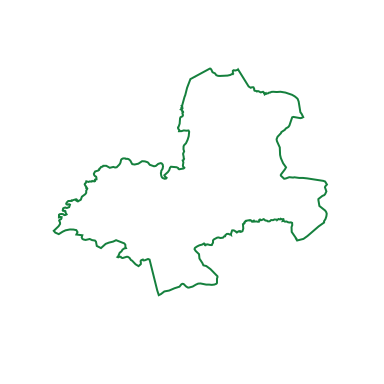 outline of Boulgou, Boulgou, Burkina Faso, rotated 59°
{"feature_id": "67063806B79770817740465", "entity_name": "Boulgou", "entity_type": "district", "adm_level": 2, "iso_a3": "BFA", "parent_name": "Burkina Faso", "parent_adm1": "Boulgou", "projection": "natural_earth1", "projection_center": [-0.458, 11.461], "detail": "fine", "context": "isolated", "style": "outline", "palette": "green", "viewbox_px": 384, "rotation_deg": 59, "n_neighbors": 0, "source": "geoboundaries", "source_scale": "gbopen_adm2", "svg_char_len": 6068}
<svg xmlns="http://www.w3.org/2000/svg" viewBox="0 0 384 384"><g transform="rotate(59 192 192)"><path d="M255.1,72.5L251.6,72.5L250.1,73.7L239.7,86.2L237.2,89.5L235.2,92.8L232.1,96.7L231.7,97.9L229.4,101.0L228.7,104.7L228.1,106.2L223.8,107.4L223.2,107.2L222.7,106.4L220.4,100.6L219.3,98.7L214.3,99.1L208.8,98.4L205.6,97.4L199.0,93.8L192.1,93.0L190.3,92.3L188.7,90.2L187.4,85.5L186.7,84.6L186.5,80.3L185.9,79.0L185.9,75.9L185.2,74.3L179.6,67.7L179.8,66.5L184.5,61.1L185.0,59.7L185.1,58.1L181.6,57.8L179.4,58.0L169.4,54.0L166.6,53.5L165.1,53.9L162.9,54.7L160.2,56.2L154.9,60.7L151.6,64.6L150.0,67.8L147.9,70.8L147.1,72.4L147.0,73.8L146.5,74.7L146.6,76.0L146.1,77.1L146.1,77.8L145.8,78.0L145.8,78.9L145.2,78.4L145.1,79.4L144.7,79.5L144.3,79.0L142.7,79.5L142.0,81.8L140.0,83.0L139.4,83.6L139.3,84.6L138.4,85.0L137.4,86.2L136.4,86.1L135.5,85.5L133.9,85.4L133.1,86.7L132.9,88.0L130.7,89.1L110.7,89.4L110.9,89.8L110.1,92.5L109.1,93.5L109.1,94.5L111.1,95.7L111.3,96.2L111.9,96.0L112.0,96.3L111.5,96.6L111.4,98.9L110.5,101.6L106.8,108.5L105.8,109.9L104.4,111.0L102.2,111.2L99.9,112.7L97.1,112.4L95.8,112.6L95.4,113.2L94.4,135.2L100.2,142.6L105.5,147.9L106.7,149.5L112.8,155.9L112.8,156.4L113.4,156.3L113.9,157.0L114.5,156.7L115.0,157.1L114.8,158.1L115.2,158.2L115.6,157.9L115.7,158.9L116.4,158.4L117.5,158.8L118.3,158.3L118.8,159.0L119.2,158.8L119.8,159.8L121.4,160.1L122.2,161.2L122.0,163.3L122.7,164.3L127.1,167.4L129.4,170.2L129.4,170.7L130.5,171.2L132.4,171.0L133.2,171.8L134.4,169.7L135.0,167.3L136.6,165.2L137.5,163.3L138.9,163.4L142.5,166.1L145.0,168.9L147.1,172.0L147.8,174.6L148.5,175.7L151.0,177.3L153.1,177.8L154.6,179.9L155.2,180.2L158.0,181.2L158.6,181.7L159.5,181.7L160.1,182.6L160.1,183.7L162.1,184.1L164.8,186.3L165.8,186.5L167.2,186.0L167.4,186.2L167.5,187.2L165.9,191.3L165.1,191.7L164.4,191.5L162.9,192.4L159.5,197.0L159.9,198.4L161.5,200.2L162.5,202.4L163.4,207.1L164.6,207.2L166.8,206.5L167.1,207.3L166.6,208.6L164.8,210.0L163.5,210.2L162.0,209.9L159.7,208.9L159.4,208.4L158.0,207.4L156.9,205.1L156.5,205.0L155.4,203.8L153.4,203.0L151.8,203.3L151.1,204.0L150.5,206.4L151.0,209.7L150.4,211.3L146.9,214.2L144.2,214.5L143.3,215.0L141.5,216.6L139.9,218.9L140.1,223.4L138.9,227.0L137.4,228.8L136.9,228.9L133.3,228.7L131.2,229.4L130.0,230.6L129.7,231.5L128.8,232.0L127.7,233.8L127.6,235.4L128.0,236.3L130.0,238.2L131.0,239.9L132.0,243.8L131.4,245.3L130.0,246.5L128.9,250.0L125.4,252.0L123.8,254.6L124.2,255.6L123.7,257.0L124.3,258.4L124.3,259.0L124.6,259.2L124.6,259.9L125.2,260.3L125.1,260.8L125.3,261.3L124.5,264.5L125.3,265.9L125.9,266.8L126.9,267.1L128.2,267.0L129.5,266.3L130.6,266.6L131.9,267.3L131.4,268.4L131.5,268.9L132.4,269.1L132.7,269.5L132.6,270.2L132.1,270.4L131.8,271.5L131.1,271.9L131.2,273.1L130.3,274.1L130.1,275.5L128.4,277.1L129.5,278.3L129.7,279.5L130.1,280.0L131.7,280.2L132.8,279.9L133.9,280.6L134.3,280.0L135.2,280.0L136.4,282.0L138.2,283.1L138.9,284.6L139.3,288.8L141.3,291.2L141.4,291.9L141.2,293.0L141.4,294.2L141.1,294.9L139.9,295.5L139.6,294.7L138.8,294.8L138.4,295.5L137.5,299.0L137.7,299.5L137.3,299.7L137.5,300.0L136.0,302.7L136.5,304.8L137.3,305.9L137.9,305.9L138.6,305.4L139.2,303.6L140.0,303.1L141.7,305.1L141.3,307.3L140.9,308.0L140.1,308.5L139.7,309.7L139.7,310.9L141.2,312.3L141.8,312.2L142.7,310.6L143.4,310.4L144.3,311.0L146.6,311.0L146.5,312.3L146.0,313.4L144.6,313.9L143.6,315.2L142.9,316.9L143.0,317.7L145.2,319.1L145.6,317.7L146.4,316.7L147.5,317.6L147.8,318.2L147.7,319.9L148.1,320.6L150.1,320.8L151.4,321.5L152.6,323.9L154.1,330.5L156.4,330.1L159.5,327.9L159.4,323.3L159.7,320.2L161.2,316.0L163.1,313.0L165.1,310.8L167.4,310.8L168.9,313.0L172.6,308.3L174.0,309.9L175.7,310.1L176.8,309.5L178.3,307.9L179.6,303.9L181.8,302.4L183.6,300.2L185.1,299.9L189.2,301.4L193.2,298.9L192.0,292.7L192.6,289.3L193.9,285.1L194.2,281.9L201.2,276.5L202.8,276.3L204.9,277.4L206.1,277.5L205.5,279.0L205.6,281.2L206.6,283.1L206.8,285.2L209.3,288.7L209.4,289.3L210.0,288.9L210.2,287.3L210.8,286.5L212.0,286.3L212.9,285.4L213.9,281.3L214.5,280.4L216.3,279.5L218.8,279.4L220.0,278.7L224.9,277.6L228.0,276.0L227.5,273.1L226.6,272.4L224.8,271.7L224.3,270.6L224.6,268.9L225.6,268.9L226.2,267.7L226.8,264.2L228.1,263.2L258.5,272.5L263.3,273.6L263.5,271.2L263.0,266.9L264.7,262.4L265.5,256.6L266.7,251.5L265.7,248.8L265.7,247.6L266.5,246.6L270.0,245.7L271.7,244.8L272.3,244.0L273.4,240.1L273.4,236.5L273.7,233.9L274.8,231.8L278.8,227.4L280.2,225.0L281.8,222.9L282.9,220.4L283.2,218.3L282.8,217.4L279.1,215.2L278.0,213.9L277.3,213.6L267.6,215.9L262.8,217.9L260.7,220.0L258.2,219.7L252.9,219.9L248.9,218.0L244.5,219.2L242.4,219.3L241.7,218.7L241.4,218.0L241.3,215.4L241.5,213.1L242.3,210.4L242.3,208.2L242.9,208.0L244.0,208.3L244.5,208.1L244.6,207.9L244.0,207.3L244.7,206.3L244.9,205.6L246.7,203.9L247.6,202.5L247.6,202.0L246.9,201.4L246.3,200.1L244.3,198.9L243.9,197.5L244.1,193.9L244.6,192.7L246.1,191.3L247.1,189.0L246.6,187.3L247.0,186.4L246.2,185.7L245.9,183.7L246.6,182.4L247.8,181.6L248.0,180.9L248.8,180.6L248.1,180.3L245.6,177.4L246.0,176.5L247.0,175.5L248.9,174.8L249.1,174.3L249.8,174.3L249.7,172.1L250.1,171.2L250.6,171.5L251.3,170.8L251.6,169.0L249.8,166.9L245.8,164.9L246.0,163.7L245.6,162.8L245.1,162.9L244.6,161.7L244.8,160.7L244.5,160.5L245.8,157.1L246.1,157.2L246.5,156.2L248.1,155.9L248.1,155.6L248.9,155.1L248.9,154.9L248.3,155.0L248.4,153.7L249.5,153.7L250.5,151.8L251.5,150.8L251.9,149.9L250.6,148.8L250.5,148.1L250.7,147.8L251.4,148.0L251.9,146.9L252.2,144.5L254.2,143.8L255.2,142.5L256.0,142.3L256.9,141.1L257.1,140.2L256.8,138.7L257.9,136.9L258.0,135.5L259.6,133.3L259.9,133.4L259.7,131.8L260.5,131.1L260.9,130.4L260.6,129.8L261.8,128.9L262.2,127.7L262.5,127.6L263.6,129.2L264.0,128.2L265.3,127.6L266.0,126.1L267.5,125.2L268.6,123.8L268.9,122.9L270.0,122.1L272.0,123.1L273.4,124.8L277.6,127.1L285.7,126.6L285.7,126.9L287.7,126.9L289.6,120.6L289.2,115.7L286.7,101.1L286.2,94.5L285.1,93.9L283.9,91.5L282.0,89.3L280.0,87.7L278.2,87.3L276.5,87.4L269.6,90.0L263.7,87.7L263.1,87.2L263.0,86.4L262.5,82.2L262.8,80.3L262.4,79.0L260.7,76.5L256.4,75.6L255.8,74.8L255.1,72.5Z" fill="none" stroke="#15803d" stroke-width="2"/></g></svg>